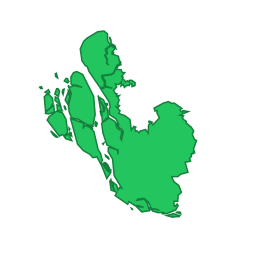 Patuakhali, Barisal, Bangladesh, rotated 128°
{"feature_id": "16705992B49808088196813", "entity_name": "Patuakhali", "entity_type": "district", "adm_level": 2, "iso_a3": "BGD", "parent_name": "Bangladesh", "parent_adm1": "Barisal", "projection": "orthographic", "projection_center": [90.354, 22.181], "detail": "fine", "context": "isolated", "style": "filled", "palette": "green", "viewbox_px": 256, "rotation_deg": 128, "n_neighbors": 0, "source": "geoboundaries", "source_scale": "gbopen_adm2", "svg_char_len": 6011}
<svg xmlns="http://www.w3.org/2000/svg" viewBox="0 0 256 256"><g transform="rotate(128 128 128)"><path d="M79.7,175.5L82.1,173.3L85.1,174.9L93.9,172.9L96.7,174.2L103.1,180.4L104.8,175.1L108.8,171.4L106.3,164.8L109.5,171.1L111.8,171.5L113.9,173.8L119.1,158.9L121.7,155.6L125.5,153.9L128.9,150.6L128.2,143.4L130.5,138.1L133.3,135.7L132.8,131.8L133.9,129.3L141.5,125.7L140.5,127.9L134.5,130.6L134.7,136.8L130.9,142.3L131.7,149.1L140.5,151.7L147.5,144.5L154.4,134.0L151.5,122.1L155.2,119.8L151.8,122.4L154.2,129.7L155.7,131.3L158.9,129.0L162.0,121.0L174.1,109.5L179.6,94.9L179.3,98.0L182.8,97.8L180.1,101.7L180.0,106.5L183.8,103.1L186.1,99.0L185.5,97.3L189.2,96.5L188.3,81.3L185.4,81.9L184.9,74.7L182.6,71.8L180.9,66.8L184.7,73.3L185.7,65.6L179.9,60.1L175.3,66.7L174.3,70.4L174.4,71.8L179.6,76.5L177.9,76.6L173.5,72.0L173.9,66.1L177.2,59.6L175.2,57.2L173.5,52.6L175.7,57.6L177.5,59.2L178.2,57.4L176.2,52.2L173.1,48.6L172.3,46.7L174.1,49.0L174.3,47.7L171.4,44.6L163.2,39.9L158.2,40.8L157.7,42.5L160.8,42.7L161.0,43.6L157.5,46.7L155.1,43.7L150.0,47.1L145.8,46.3L142.0,52.6L142.0,59.0L139.4,63.6L135.7,58.8L131.9,58.0L126.0,53.5L119.8,61.9L115.7,58.3L114.0,60.8L111.3,60.5L109.3,62.2L108.0,60.7L106.8,61.6L106.5,60.4L104.1,63.5L95.7,66.3L96.1,68.5L93.5,73.4L90.0,74.3L88.4,78.7L88.2,85.3L86.9,86.3L87.1,89.7L86.3,91.5L84.3,91.7L85.9,95.0L77.9,90.6L80.5,95.5L81.7,94.7L82.4,95.6L81.7,98.2L79.4,97.7L79.9,106.8L81.6,108.7L82.3,112.4L86.5,115.4L96.3,119.7L98.0,117.2L96.4,115.7L98.3,114.5L100.8,109.4L110.2,110.3L109.8,112.7L108.6,112.4L109.5,115.6L110.5,115.3L109.9,113.6L113.0,113.6L119.6,109.0L118.4,113.2L122.9,116.6L125.0,116.3L124.7,119.2L125.8,120.1L124.3,122.3L122.5,122.4L123.2,124.4L127.6,124.1L120.1,131.7L120.2,138.0L122.2,144.3L119.4,144.8L118.5,150.1L117.7,148.3L115.5,148.5L116.1,150.7L111.5,152.1L109.8,155.0L107.8,154.8L110.0,156.6L107.8,157.8L108.7,158.9L107.3,162.6L102.6,162.2L101.1,165.0L99.6,162.1L95.5,161.7L99.3,159.4L96.6,158.6L98.2,155.8L94.9,155.0L93.7,153.1L92.4,153.7L91.0,152.1L92.9,150.3L90.3,148.6L87.9,150.3L88.1,154.4L89.6,156.2L91.0,155.2L91.1,157.4L93.4,158.4L92.4,160.1L93.1,162.6L91.0,163.0L91.4,164.7L86.4,164.7L87.8,166.8L86.3,169.4L89.1,173.2L85.1,174.0L82.5,172.5L79.7,175.5ZM107.5,193.5L113.2,175.4L111.1,171.8L106.4,174.7L104.5,179.5L102.6,181.0L95.9,174.2L93.1,173.4L85.4,175.4L82.2,174.0L77.4,179.7L79.5,186.1L78.0,187.3L73.2,187.0L73.6,191.9L79.7,193.8L79.9,192.3L81.8,190.1L84.9,190.6L86.5,186.5L89.5,185.0L90.4,181.8L90.1,184.9L87.1,186.6L85.1,191.2L82.5,190.3L80.0,194.4L73.4,192.8L71.8,197.6L66.4,202.2L66.4,206.7L70.9,211.2L82.1,215.5L87.1,216.3L95.1,214.3L103.4,205.6L105.2,199.8L104.6,198.1L107.5,193.5ZM151.7,172.5L150.5,162.1L147.8,157.2L137.7,162.1L124.3,174.5L113.7,196.6L115.1,203.2L118.0,205.0L122.9,204.4L128.3,200.0L128.6,198.6L126.3,195.7L124.1,189.1L127.6,196.2L132.2,199.5L130.8,201.3L131.8,200.8L135.5,194.1L147.4,188.4L151.6,184.2L154.7,178.8L151.7,172.5ZM173.2,127.1L169.2,128.4L165.1,133.8L163.2,138.5L151.8,152.7L151.0,158.3L152.4,163.7L156.2,163.0L152.5,164.8L151.7,166.5L155.9,179.1L171.8,157.8L173.3,149.5L172.2,141.7L173.0,137.4L169.9,134.7L173.2,127.1ZM173.6,173.3L168.4,172.9L159.2,182.4L156.4,189.0L158.7,194.6L167.2,197.1L171.5,196.6L176.7,177.1L173.5,175.6L173.6,173.3ZM165.8,203.1L159.7,201.6L154.6,202.3L151.0,206.0L150.2,211.2L152.3,213.0L155.0,213.1L165.8,203.1ZM133.5,157.0L139.0,151.8L131.5,150.3L126.1,155.7L120.9,164.6L121.4,169.0L123.3,167.3L126.8,158.3L129.8,157.0L132.0,158.8L133.5,157.0ZM180.9,113.6L173.9,114.2L174.6,117.3L173.4,122.1L171.5,125.7L173.5,126.1L180.9,113.6ZM167.3,202.0L165.9,199.4L160.8,195.7L155.8,200.5L165.3,202.5L167.3,202.0ZM120.7,171.7L131.8,159.4L129.6,157.4L126.1,161.4L123.6,167.7L120.7,171.7ZM137.4,197.0L144.6,194.8L146.4,190.1L138.5,193.5L137.4,197.0ZM172.6,164.5L169.3,171.3L174.2,172.7L174.8,170.6L172.6,164.5ZM170.9,38.3L169.4,38.5L170.8,38.1L167.1,34.2L166.0,34.6L167.4,39.3L173.2,43.6L170.9,38.3ZM141.1,208.4L146.3,206.6L146.0,202.2L140.9,204.8L140.1,207.5L141.1,208.4ZM153.5,198.3L157.5,194.5L155.0,190.3L152.5,194.7L153.5,198.3ZM148.3,204.4L151.2,202.5L151.6,195.3L147.6,201.0L148.3,204.4ZM181.1,109.6L187.4,103.0L186.1,99.4L183.8,104.0L179.1,109.8L181.1,109.6ZM169.9,125.4L173.1,121.2L173.5,114.6L171.6,115.6L171.9,117.7L171.1,121.5L169.1,124.4L169.9,125.4ZM129.6,203.3L126.9,203.3L127.9,203.5L126.4,205.9L127.0,207.4L130.2,207.1L129.6,203.3ZM178.5,178.0L178.2,180.4L177.9,187.2L179.5,182.7L179.5,178.9L178.5,178.0ZM150.8,215.4L150.2,212.4L148.3,211.4L146.8,214.2L150.8,215.4ZM137.8,203.0L140.4,201.8L141.5,199.8L136.7,202.2L137.8,203.0ZM163.3,129.1L164.1,128.2L164.3,123.4L163.1,125.9L163.3,129.1ZM135.2,198.2L137.2,196.3L137.5,194.4L135.3,195.6L135.2,198.2ZM167.3,171.1L169.0,169.6L169.0,167.5L166.7,170.1L167.3,171.1ZM169.3,122.9L170.9,121.5L171.6,117.0L169.4,121.5L169.3,122.9ZM162.2,35.2L163.5,37.0L165.2,38.4L162.9,33.8L162.2,35.2ZM130.1,218.6L132.0,216.6L131.8,214.4L129.0,218.2L130.1,218.6ZM150.2,222.8L150.7,221.2L149.7,219.9L148.7,221.7L150.2,222.8ZM71.8,193.0L72.6,191.7L72.7,186.7L71.2,189.1L71.8,193.0ZM151.7,162.3L150.4,159.2L150.5,154.8L149.7,158.0L151.7,162.3ZM144.7,156.7L146.5,155.2L146.1,154.0L144.6,154.5L144.7,156.7ZM149.7,192.2L151.6,189.7L152.1,187.8L150.0,190.7L149.7,192.2ZM131.4,139.5L132.9,138.7L133.0,137.0L131.5,137.6L131.4,139.5ZM178.0,60.8L178.1,58.3L176.4,62.3L178.0,60.8ZM126.6,160.2L128.0,159.2L128.7,157.8L127.0,158.3L126.6,160.2ZM67.5,198.7L69.8,196.1L71.4,193.6L69.0,195.8L67.5,198.7ZM131.7,160.7L132.5,159.4L135.2,156.1L133.2,157.4L131.7,160.7ZM122.3,160.4L122.8,157.8L121.5,159.5L122.3,160.4ZM164.8,33.2L165.6,34.4L167.0,34.0L166.4,33.2L164.8,33.2ZM143.1,157.1L143.9,156.1L143.7,155.1L143.0,155.4L143.1,157.1ZM154.6,137.8L156.1,138.3L156.2,137.5L154.6,137.8ZM164.3,174.4L165.6,173.4L165.8,172.9L164.7,173.1L164.3,174.4ZM76.7,186.0L78.8,186.0L79.1,185.6L78.4,184.5L78.7,185.4L76.7,186.0ZM189.5,73.7L189.1,75.3L189.2,75.7L189.6,74.5L189.5,73.7ZM148.2,157.0L148.6,156.6L148.4,156.5L148.2,157.0Z" fill="#22c55e" stroke="#15803d" stroke-width="1.5"/></g></svg>